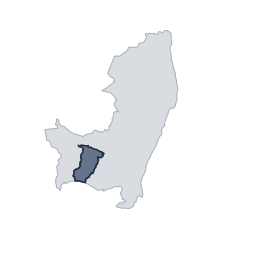 Loreto, Loreto, Peru (highlighted), rotated 231°
{"feature_id": "86281439B27227740990867", "entity_name": "Loreto", "entity_type": "district", "adm_level": 2, "iso_a3": "PER", "parent_name": "Peru", "parent_adm1": "Loreto", "projection": "albers", "projection_center": [-75.325, -3.761], "detail": "fine", "context": "in_parent", "style": "filled", "palette": "slate", "viewbox_px": 256, "rotation_deg": 231, "n_neighbors": 0, "source": "geoboundaries", "source_scale": "gbopen_adm2", "svg_char_len": 7807}
<svg xmlns="http://www.w3.org/2000/svg" viewBox="0 0 256 256"><g transform="rotate(231 128 128)"><path d="M179.8,78.1L179.7,78.8L178.9,79.1L178.1,78.7L177.0,78.8L175.3,77.2L171.3,77.5L169.5,79.3L166.8,79.6L163.9,80.5L160.6,80.8L155.4,83.7L154.2,84.8L151.9,86.5L150.0,87.1L149.0,92.3L147.1,95.4L146.4,97.1L147.4,99.6L147.4,100.8L146.3,101.8L145.5,101.9L143.7,103.0L141.0,105.3L140.6,107.1L141.4,109.4L141.1,109.7L138.9,110.1L139.0,111.4L138.5,111.9L140.4,113.8L141.4,114.3L141.5,114.7L141.3,115.2L140.9,115.4L140.8,115.8L142.2,117.2L143.1,120.0L145.1,121.4L145.1,122.3L145.6,123.2L146.6,123.8L149.0,126.6L149.0,127.9L146.6,130.9L150.6,130.9L155.0,131.9L155.6,132.4L156.1,133.7L156.2,134.6L157.1,135.3L157.0,137.0L162.8,137.0L166.5,136.6L172.7,131.7L173.6,131.3L173.1,132.3L173.0,133.1L173.3,134.0L172.6,135.2L172.5,147.3L173.6,146.6L175.0,147.8L176.1,147.8L179.4,146.5L183.3,146.7L192.2,162.5L191.4,163.6L191.5,164.4L190.4,165.1L189.2,166.3L189.1,172.5L188.2,174.4L188.7,175.4L189.2,177.4L190.0,178.6L190.2,179.3L190.1,179.6L188.9,180.3L188.8,181.4L186.5,183.6L186.1,185.1L185.2,185.6L185.1,187.3L187.1,190.0L185.8,191.6L184.6,194.1L186.6,199.2L187.4,199.9L188.3,199.9L189.6,200.3L190.3,201.1L188.7,202.0L188.4,202.4L188.5,204.1L186.7,205.3L184.3,208.5L183.6,208.7L182.4,209.6L182.2,210.1L182.4,210.6L183.4,211.5L183.5,212.7L181.8,214.1L180.6,214.2L180.1,214.6L180.6,216.6L180.6,217.5L180.2,218.5L179.3,219.6L176.7,220.8L174.4,220.9L170.4,218.0L169.1,216.8L165.2,214.3L164.6,211.7L163.2,210.4L160.8,209.5L158.9,208.1L157.4,207.5L153.8,204.6L150.6,203.6L144.5,200.5L141.2,199.5L137.0,196.6L134.7,195.8L132.9,194.4L127.3,191.6L126.5,190.6L125.6,189.2L124.4,188.4L123.0,186.4L120.9,185.3L119.0,183.8L116.5,179.7L115.4,178.7L115.3,176.9L114.5,176.0L115.7,175.4L116.4,172.5L116.0,171.0L113.2,167.1L112.7,165.5L110.6,162.5L109.9,160.7L108.2,159.4L107.5,158.3L106.6,157.8L106.6,156.4L105.9,153.8L105.0,152.5L101.7,150.0L101.4,147.3L100.7,145.4L96.1,137.8L93.4,130.5L91.2,126.4L90.3,124.1L90.2,122.8L88.5,120.7L87.6,118.7L83.9,114.9L81.7,110.6L81.4,109.4L80.0,107.0L77.6,104.0L76.4,102.8L69.2,99.1L65.9,96.8L65.5,95.6L65.6,95.0L66.4,94.3L67.4,94.8L68.0,94.6L68.5,93.7L68.5,92.5L67.8,90.8L65.5,87.7L66.1,86.3L63.8,82.6L64.3,79.1L64.8,78.2L68.3,74.5L69.2,73.0L70.7,72.0L72.2,70.6L74.0,69.4L74.6,69.8L75.1,71.7L75.0,73.0L75.5,74.4L74.3,75.8L72.9,75.5L72.4,75.8L72.2,76.4L72.4,77.4L72.8,77.8L73.8,77.8L72.4,79.7L72.5,80.1L73.5,80.5L74.4,80.0L75.4,78.9L76.0,78.7L79.5,80.6L81.1,80.3L82.3,81.2L82.5,82.5L84.3,85.2L86.9,85.8L87.3,85.6L87.9,84.6L88.4,84.4L88.6,82.9L90.8,81.4L91.1,80.3L90.8,79.6L90.9,79.0L92.2,75.5L92.6,75.1L93.0,74.0L93.5,73.3L94.2,69.4L94.9,69.5L95.5,70.4L96.2,70.1L95.8,69.3L95.9,69.0L98.4,65.8L99.2,65.2L111.3,60.9L117.3,56.5L122.6,50.3L124.2,44.1L124.9,44.5L125.9,44.4L125.5,41.9L125.8,40.7L125.7,40.3L124.1,38.8L123.4,37.2L122.0,36.2L122.0,35.9L123.6,36.2L124.9,36.1L126.1,35.1L127.0,35.2L129.0,36.6L130.5,36.7L130.9,37.7L132.4,38.4L134.4,40.6L135.3,42.9L135.2,43.3L136.1,44.6L138.1,45.2L140.1,46.9L142.1,47.4L143.0,49.0L143.6,49.5L143.8,50.4L143.5,51.4L143.8,52.0L145.3,52.9L146.6,52.9L146.9,53.4L147.6,55.9L147.1,57.2L147.3,58.0L149.0,58.6L149.5,59.2L150.8,59.3L152.7,58.7L155.1,59.5L156.9,59.2L157.7,59.0L158.6,58.5L159.3,58.5L161.1,56.9L161.6,56.7L163.6,57.5L165.3,58.6L167.3,58.4L168.2,57.7L169.7,57.3L172.3,58.7L172.9,59.4L173.7,59.5L176.5,60.9L177.0,61.4L178.6,62.0L178.9,62.4L178.8,62.9L172.0,73.4L174.1,74.3L176.0,73.8L177.0,74.5L177.7,76.2L179.3,77.4L179.8,78.1Z" fill="#d9dde1" stroke="#a8b0b8" stroke-width="1"/><path d="M123.3,93.2L124.0,93.2L124.3,93.1L124.4,92.9L124.5,92.8L125.0,92.9L125.3,92.8L125.8,92.5L126.2,92.3L126.3,92.1L126.6,92.2L127.0,91.7L127.3,91.3L127.7,90.9L127.9,90.9L128.2,90.9L128.5,91.1L128.8,91.1L129.1,90.8L129.4,90.6L129.9,90.5L130.2,90.4L132.1,89.4L132.3,88.9L132.6,88.6L132.8,88.5L133.9,88.0L134.3,87.9L135.0,87.4L135.3,87.4L135.7,87.2L136.0,87.2L136.6,86.9L136.8,86.7L136.8,86.3L136.8,86.2L137.3,86.0L137.7,85.5L137.9,85.4L138.2,85.3L138.6,85.4L138.8,85.5L139.1,85.6L139.2,85.8L139.3,85.9L139.4,85.7L139.6,85.5L139.7,85.4L139.6,85.1L139.9,84.6L140.1,84.5L140.3,84.3L140.5,84.2L140.7,83.9L141.0,83.7L141.3,83.3L141.6,83.1L141.9,83.1L142.1,83.0L142.3,82.8L142.5,82.5L142.6,82.2L142.9,81.9L143.4,81.6L143.6,81.2L143.8,81.0L144.1,80.9L144.1,80.7L144.2,80.3L144.4,80.1L144.5,79.9L144.5,79.4L144.5,79.2L144.2,78.9L144.5,78.5L144.9,78.2L145.0,78.2L144.7,78.0L144.4,78.3L144.0,78.5L143.9,78.9L143.3,79.0L143.1,79.3L142.8,79.5L141.8,80.1L141.6,80.1L141.0,80.2L140.6,80.1L140.3,80.1L140.2,80.0L139.8,79.5L139.5,79.5L139.3,79.4L139.2,79.3L139.2,78.9L138.0,78.1L137.7,77.7L137.6,77.4L137.2,76.2L137.2,75.6L137.1,75.2L136.8,74.7L136.7,74.5L136.6,74.3L136.5,74.1L136.3,74.0L136.2,74.0L135.8,73.9L135.5,73.5L135.4,73.3L135.1,73.1L134.9,72.7L134.7,72.6L134.4,72.6L134.2,72.6L133.9,72.5L133.9,72.4L133.6,72.5L133.0,71.8L131.7,70.5L131.6,70.4L131.6,70.2L131.6,69.9L131.5,70.0L131.3,70.0L131.4,69.8L131.2,69.6L131.2,69.4L131.1,69.2L130.9,68.7L130.7,68.7L130.4,68.5L130.3,68.4L130.2,68.2L130.3,67.8L130.3,67.7L130.1,67.6L129.9,67.6L129.7,67.4L129.5,67.5L129.4,67.4L129.2,67.3L128.9,67.3L128.6,67.3L128.5,67.2L128.4,67.1L128.3,66.9L128.2,66.6L128.3,66.5L128.2,66.3L128.3,66.1L128.2,65.9L128.1,65.6L128.0,65.3L128.0,65.2L127.8,65.1L127.8,64.9L127.9,64.6L128.0,64.5L127.9,64.4L128.0,64.2L128.2,63.6L128.2,63.2L128.3,62.9L128.3,62.5L128.3,62.1L128.6,61.9L128.7,61.7L128.9,61.4L128.8,61.2L128.8,60.9L128.7,60.9L128.5,60.5L128.5,60.4L128.7,60.2L128.8,60.3L128.9,60.2L128.9,59.8L128.9,59.5L128.9,59.3L128.8,59.0L128.8,58.9L128.6,58.9L128.2,58.7L127.8,58.3L127.7,58.3L127.6,58.1L127.4,58.1L127.0,58.0L126.8,57.5L126.7,57.3L126.6,57.2L126.5,56.9L126.2,56.7L125.9,56.5L125.9,56.3L125.9,56.1L125.8,55.9L125.7,55.7L125.5,55.2L125.4,55.1L125.0,55.1L124.8,55.2L124.4,55.2L124.2,55.4L123.9,55.5L123.9,55.4L123.7,55.2L123.1,55.1L122.9,55.0L122.6,54.7L122.2,54.8L122.0,54.7L121.8,54.5L121.6,54.5L121.3,54.4L120.8,54.4L120.7,54.2L120.5,53.5L120.4,53.3L120.5,53.1L117.8,56.4L112.7,60.3L113.0,60.4L113.1,60.5L113.1,60.9L113.0,61.1L113.3,61.2L113.4,61.3L113.5,61.5L113.7,61.8L113.9,61.9L114.0,62.1L114.3,62.4L114.2,62.5L114.3,62.6L114.5,62.7L114.7,63.3L115.0,63.4L115.0,63.5L115.1,63.8L115.0,64.0L115.0,64.3L114.8,64.3L114.7,64.4L114.7,64.6L114.6,64.8L114.6,65.1L114.7,65.4L114.6,65.5L114.6,65.9L114.6,66.3L114.4,66.5L114.2,66.6L114.3,66.8L114.6,67.0L114.5,67.3L114.6,67.5L114.8,67.6L114.8,67.9L114.9,68.0L115.0,68.3L115.0,68.5L115.3,68.7L115.4,69.0L115.5,69.2L115.4,69.4L115.5,69.5L115.6,69.8L115.5,70.2L115.7,70.3L115.9,70.6L116.1,70.7L115.9,71.0L115.6,71.1L115.7,71.3L115.8,71.5L115.8,71.8L115.3,72.0L115.2,72.2L114.9,72.3L115.0,72.4L115.1,72.5L115.2,72.4L115.2,72.5L115.3,72.6L115.4,72.8L115.3,73.0L115.5,73.1L115.6,72.9L115.7,73.0L115.7,73.4L115.8,73.5L116.0,73.7L116.0,73.9L116.1,74.1L116.1,74.4L116.1,74.6L116.1,74.8L116.4,74.9L116.7,75.1L116.8,75.3L116.8,75.6L117.0,75.9L117.3,76.0L117.4,76.3L117.5,76.5L117.6,76.8L117.5,77.2L117.5,77.4L117.5,77.5L118.0,77.8L118.1,78.2L118.1,78.4L117.9,78.6L118.0,78.9L118.3,79.2L118.4,79.3L118.5,79.4L118.8,79.5L119.3,79.8L119.6,80.0L119.5,80.3L119.4,80.6L119.5,80.9L119.5,81.1L119.3,81.5L119.7,81.6L119.8,82.0L119.7,82.3L119.8,82.6L120.2,82.8L120.9,83.1L121.0,83.3L121.1,83.6L121.0,83.8L121.6,84.2L121.6,84.3L121.4,84.5L121.4,84.8L121.5,85.0L121.9,85.1L122.0,85.1L122.3,85.0L122.5,85.2L123.0,85.2L123.4,85.3L123.9,85.6L124.1,85.7L124.3,85.9L124.5,86.3L124.3,86.3L123.9,86.3L123.6,86.4L123.4,86.6L123.2,87.0L122.2,87.8L122.4,88.2L122.4,88.3L122.3,88.6L122.0,88.6L122.0,88.8L122.1,89.1L121.8,89.4L121.8,89.6L121.8,89.9L122.1,90.3L122.1,90.6L121.9,90.9L121.9,91.0L122.0,91.1L122.3,91.3L122.2,91.4L122.2,91.5L122.8,91.7L123.1,91.8L123.3,91.8L123.8,91.7L123.6,92.1L123.5,92.6L123.4,93.0L123.3,93.2Z" fill="#64748b" stroke="#1e293b" stroke-width="1.5"/></g></svg>